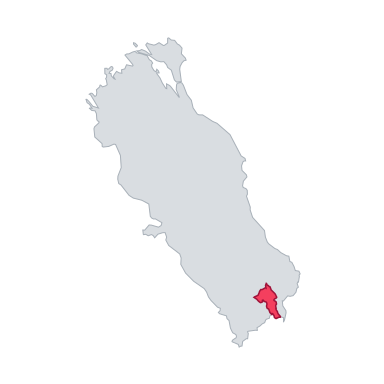 where Agri sits in Turkey, rotated 60°
{"feature_id": "TUR-2307", "entity_name": "Agri", "entity_type": "Province", "adm_level": 1, "iso_a3": "TUR", "parent_name": "Turkey", "parent_adm1": "", "projection": "robinson", "projection_center": [43.45, 39.496], "detail": "fine", "context": "in_parent", "style": "filled", "palette": "rose", "viewbox_px": 384, "rotation_deg": 60, "n_neighbors": 0, "source": "natural_earth", "source_scale": "10m", "svg_char_len": 5152}
<svg xmlns="http://www.w3.org/2000/svg" viewBox="0 0 384 384"><g transform="rotate(60 192 192)"><path d="M296.0,140.2L301.1,142.0L302.8,140.7L307.5,140.9L311.7,141.8L314.0,139.0L317.0,139.3L317.5,140.8L318.9,141.3L323.3,144.9L322.8,145.3L323.8,146.7L327.6,147.5L327.9,149.4L330.8,152.1L332.3,156.3L331.4,159.2L329.8,161.1L332.1,167.4L331.4,168.2L336.0,170.3L341.7,170.0L343.6,170.9L349.1,175.9L350.5,177.9L346.7,175.5L344.5,177.5L343.4,182.5L337.4,183.4L338.3,186.6L340.0,188.1L339.4,191.2L339.8,192.4L341.5,194.4L341.3,197.1L342.0,200.0L342.0,203.5L344.5,204.6L343.4,206.2L340.6,213.2L340.8,213.8L342.7,214.0L346.9,217.2L346.2,218.3L346.7,222.8L350.4,225.7L349.8,227.2L349.9,228.7L347.2,228.1L341.8,232.1L341.2,232.0L340.5,230.6L340.3,226.6L339.0,225.5L337.3,225.3L334.3,227.1L331.6,227.0L328.9,226.7L321.8,224.2L319.2,225.0L316.5,224.1L311.2,229.0L309.5,229.4L308.8,227.0L306.9,225.6L304.5,227.5L295.4,229.8L291.1,230.2L286.0,229.4L281.8,229.7L270.1,235.2L259.0,238.1L249.1,237.9L243.7,234.4L239.5,233.6L226.7,238.9L220.5,238.7L218.4,236.5L213.7,235.6L212.6,237.7L211.5,242.6L213.0,247.2L210.3,247.4L208.6,248.4L208.0,251.8L205.5,253.2L204.7,255.3L204.2,255.3L200.3,253.6L201.4,252.0L199.1,245.6L200.4,243.7L205.7,238.6L205.6,235.5L203.5,233.4L196.9,237.2L196.2,238.7L194.7,239.8L192.3,240.3L180.8,235.4L173.9,239.7L167.9,245.9L163.4,248.2L150.4,250.0L148.1,251.2L143.8,249.9L141.2,248.2L135.5,241.1L124.5,235.7L112.6,234.4L111.5,235.7L110.9,241.3L108.7,246.4L107.7,247.0L105.1,245.7L95.8,248.7L88.2,245.3L86.9,243.9L85.5,237.9L84.3,237.4L83.0,238.3L81.7,238.2L76.3,235.6L73.2,235.4L71.3,238.0L68.3,239.0L68.2,238.3L69.5,236.7L64.7,237.0L62.2,238.2L58.8,237.5L59.1,236.8L61.9,236.0L68.2,235.0L72.5,231.0L57.4,231.2L55.9,232.1L55.9,230.0L56.8,229.1L60.7,228.3L60.6,226.6L58.3,224.7L55.7,223.7L54.8,219.4L53.5,218.3L53.7,217.7L56.2,216.9L56.9,213.7L56.7,211.8L51.9,210.1L50.8,210.2L49.8,208.5L47.8,207.3L46.0,208.3L41.3,205.7L42.3,203.8L43.5,203.9L43.8,202.4L43.0,200.0L43.2,198.7L44.3,198.3L45.5,198.6L46.6,200.1L46.6,202.9L47.8,204.5L48.8,202.9L51.0,203.8L55.0,202.9L55.8,202.2L52.9,202.3L51.9,201.6L49.8,197.0L52.3,195.6L54.1,193.4L50.9,191.9L51.8,188.7L49.1,185.1L53.2,180.6L53.1,179.9L51.9,179.6L39.9,181.6L39.8,179.5L40.8,177.7L41.1,173.4L41.7,171.0L44.0,170.3L46.9,166.8L51.6,162.7L56.1,162.8L58.0,161.7L60.7,161.6L61.4,163.2L63.6,164.3L67.8,164.2L69.9,163.1L68.1,161.1L70.5,160.5L72.4,160.9L71.2,163.1L71.8,163.3L77.2,162.7L82.8,163.2L89.1,162.9L89.9,162.2L85.6,160.0L88.6,158.1L90.2,157.7L103.4,155.9L103.5,155.5L95.5,154.5L91.6,151.9L90.5,150.5L91.5,147.1L92.5,146.2L95.4,146.1L105.1,147.6L112.2,146.7L119.7,149.0L127.0,148.5L128.6,147.5L130.6,144.2L141.2,138.8L145.0,136.0L161.3,130.4L185.3,131.4L189.5,129.3L191.9,130.0L191.2,131.4L191.3,132.7L194.1,136.0L198.3,137.9L204.3,136.3L206.4,136.9L208.3,142.1L211.9,145.1L213.7,145.4L216.0,143.6L218.1,143.3L221.6,145.1L222.8,146.9L234.2,149.1L236.6,150.6L244.3,152.2L261.6,148.5L267.8,151.0L273.1,151.8L275.4,151.4L282.4,148.5L284.5,146.8L288.9,145.4L294.4,142.1L296.0,140.2ZM74.9,131.2L74.3,133.5L75.1,136.0L77.3,139.5L79.6,141.3L91.0,146.0L89.0,150.5L86.1,151.2L76.2,149.0L72.0,150.8L69.1,150.4L65.0,151.2L63.7,153.9L60.6,156.9L52.3,160.8L44.4,168.3L42.2,169.3L43.4,166.7L43.4,164.4L46.8,161.8L51.5,159.8L52.8,158.2L41.5,158.5L40.5,156.2L41.7,155.7L45.7,151.6L46.2,149.9L46.2,145.9L50.8,143.5L51.2,142.6L50.8,138.6L46.7,136.2L46.9,135.1L50.0,134.0L52.0,131.2L56.4,130.7L58.6,129.4L62.4,128.7L67.0,132.1L72.7,130.8L74.9,131.2ZM38.5,168.0L34.6,168.7L33.5,168.0L34.8,166.8L37.8,166.0L38.6,167.2L38.5,168.0Z" fill="#d9dde1" stroke="#a8b0b8" stroke-width="1"/><path d="M344.6,178.0L344.5,178.4L343.9,179.4L343.8,179.7L343.8,180.0L343.8,180.3L343.9,180.6L343.9,180.8L343.7,181.0L343.6,181.5L343.7,181.9L343.7,182.3L343.4,182.7L343.1,182.9L342.2,183.2L341.9,183.3L341.5,183.3L340.3,182.8L339.9,182.7L339.0,182.9L338.6,183.0L338.3,182.9L338.0,182.9L337.7,183.0L337.4,183.2L337.2,183.5L337.3,183.7L337.8,184.2L335.4,184.8L334.8,184.7L334.5,184.6L333.5,184.5L332.7,184.3L332.1,184.2L331.5,184.2L331.0,184.6L330.6,185.0L330.0,185.0L328.5,184.7L327.8,184.3L326.8,183.3L325.7,182.8L324.4,182.8L323.7,183.3L323.1,184.0L322.5,184.2L321.5,184.4L321.1,184.5L321.0,185.2L321.6,185.5L322.3,185.8L322.4,186.4L322.3,187.1L322.2,187.8L321.8,188.2L319.9,189.0L316.8,189.6L316.3,190.0L315.7,190.4L314.9,190.6L314.2,191.0L314.1,190.0L314.2,189.0L314.4,188.2L314.4,187.9L314.3,187.6L314.4,186.3L313.8,185.5L313.4,185.1L313.1,184.5L312.6,184.0L312.1,183.5L311.4,182.4L310.9,181.1L311.5,180.3L311.6,179.3L311.6,176.6L311.8,176.0L312.0,175.9L309.6,175.0L308.3,173.4L308.9,173.2L310.1,173.4L310.7,173.2L311.1,172.7L311.5,172.6L312.1,172.5L312.7,172.3L313.2,171.8L316.4,172.4L321.5,171.0L323.3,171.0L324.0,171.2L324.8,171.1L325.7,171.4L326.0,172.6L325.9,173.5L325.9,174.0L326.2,174.8L326.4,175.0L327.0,175.2L328.1,174.5L329.2,174.1L329.7,174.2L329.9,174.3L330.5,174.6L330.8,174.6L331.4,174.9L331.7,175.7L332.2,176.3L333.7,177.0L334.8,177.2L334.9,177.5L335.0,177.8L336.5,178.0L338.2,177.8L339.4,178.2L340.7,178.3L343.7,177.7L344.3,177.8L344.6,178.0L344.6,178.0Z" fill="#f43f5e" stroke="#9f1239" stroke-width="1.5"/></g></svg>